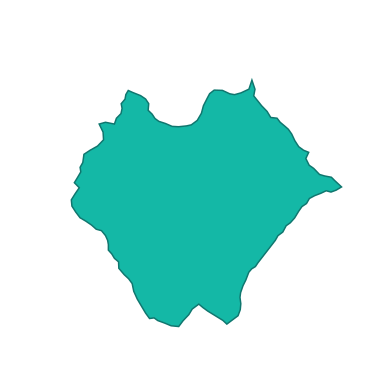 Nova Castilho, São Paulo, Brazil (Albers equal-area conic projection), rotated 130°
{"feature_id": "56859067B49471629499295", "entity_name": "Nova Castilho", "entity_type": "district", "adm_level": 2, "iso_a3": "BRA", "parent_name": "Brazil", "parent_adm1": "São Paulo", "projection": "albers", "projection_center": [-50.35, -20.782], "detail": "fine", "context": "isolated", "style": "filled", "palette": "teal", "viewbox_px": 384, "rotation_deg": 130, "n_neighbors": 0, "source": "geoboundaries", "source_scale": "gbopen_adm2", "svg_char_len": 1706}
<svg xmlns="http://www.w3.org/2000/svg" viewBox="0 0 384 384"><g transform="rotate(130 192 192)"><path d="M316.2,143.2L312.8,140.1L312.5,135.6L310.0,128.7L307.9,122.0L303.6,115.7L296.4,116.1L288.0,115.6L281.5,116.6L273.5,114.7L273.5,109.2L273.1,103.4L270.5,85.8L270.8,80.4L257.2,77.2L251.1,79.4L246.2,82.8L241.9,87.5L237.8,90.1L231.0,92.7L224.8,94.2L217.0,96.9L212.6,96.9L208.4,95.5L203.8,96.0L175.5,97.1L170.2,98.1L164.3,96.7L157.3,98.2L152.4,96.9L145.9,96.7L138.2,97.9L132.5,98.4L127.2,96.9L121.5,97.9L116.0,95.7L110.2,92.5L104.8,90.0L102.7,85.5L98.0,82.8L92.0,80.7L91.5,90.2L91.1,94.7L94.5,100.8L96.6,105.6L95.7,114.0L96.2,119.4L93.2,126.3L86.6,128.1L88.3,133.4L88.7,139.4L86.6,146.2L83.5,152.9L82.0,158.6L81.9,163.4L81.9,169.3L80.8,174.3L84.3,179.6L82.0,186.3L81.2,194.0L78.7,206.5L72.8,209.8L67.8,218.0L76.6,214.5L84.6,218.2L90.1,222.0L92.5,226.2L94.6,234.0L99.7,240.5L105.3,241.7L110.9,240.5L118.6,238.7L125.6,235.4L133.8,234.0L141.0,235.7L144.9,238.7L150.6,244.2L154.5,249.4L156.6,256.4L159.2,262.8L159.5,267.6L158.0,272.6L157.6,278.1L152.2,281.9L150.6,287.3L151.2,293.3L153.9,301.5L155.2,306.1L159.9,305.3L163.9,303.0L169.9,303.0L172.9,299.3L177.6,296.8L184.1,297.3L189.8,295.1L194.2,303.1L199.6,306.8L203.3,298.6L208.9,293.3L217.6,293.9L225.5,296.9L232.6,299.0L239.6,294.6L245.0,293.6L248.1,290.1L253.9,289.1L260.5,288.1L261.2,281.1L268.4,280.4L275.6,279.4L280.0,274.9L282.1,268.2L283.7,261.2L282.6,254.7L281.9,247.7L282.1,241.5L279.8,236.5L281.0,230.2L283.3,225.5L286.1,222.2L290.3,218.7L291.0,213.7L292.7,208.7L292.7,203.4L297.5,199.0L298.9,190.8L299.2,184.8L300.6,179.0L305.5,172.8L309.2,165.1L311.8,157.7L314.6,149.7L316.2,143.2Z" fill="#14b8a6" stroke="#0f766e" stroke-width="1.5"/></g></svg>